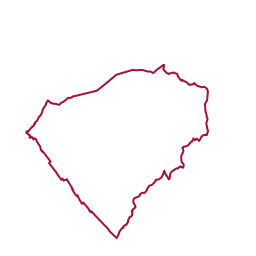 the district of Ungureni, Bacau, Romania, rotated 48°
{"feature_id": "2599482B79247862068373", "entity_name": "Ungureni", "entity_type": "district", "adm_level": 2, "iso_a3": "ROU", "parent_name": "Romania", "parent_adm1": "Bacau", "projection": "robinson", "projection_center": [27.1, 46.557], "detail": "fine", "context": "isolated", "style": "outline", "palette": "rose", "viewbox_px": 256, "rotation_deg": 48, "n_neighbors": 0, "source": "geoboundaries", "source_scale": "gbopen_adm2", "svg_char_len": 5739}
<svg xmlns="http://www.w3.org/2000/svg" viewBox="0 0 256 256"><g transform="rotate(48 128 128)"><path d="M185.9,73.9L184.7,72.4L184.2,70.8L183.5,70.4L182.5,70.0L177.5,67.1L177.2,66.9L176.3,65.9L175.6,64.3L174.2,62.6L172.6,62.1L171.5,61.4L171.2,61.1L170.6,60.7L169.2,60.1L168.5,60.0L168.2,59.7L166.5,58.6L164.4,56.8L163.0,55.8L161.8,54.8L161.4,54.1L161.0,52.9L160.7,52.2L160.4,50.9L160.0,50.3L154.1,44.0L151.6,43.1L150.0,43.3L149.1,43.5L148.7,43.7L148.2,44.2L147.0,46.1L145.5,46.8L144.5,47.4L143.8,48.1L140.8,48.6L139.4,48.6L139.0,48.7L138.9,48.9L139.1,49.6L139.0,50.2L138.6,51.1L137.7,52.3L137.6,52.5L137.6,53.1L136.7,53.3L136.4,53.4L136.1,53.8L135.1,53.7L134.0,53.7L131.8,54.4L131.1,54.7L130.3,55.3L129.4,55.3L128.9,55.4L128.6,55.6L128.7,56.2L128.7,56.3L127.9,56.3L127.9,56.7L127.7,56.7L126.2,56.8L125.1,56.5L124.3,56.6L123.1,56.2L122.6,56.3L122.0,55.8L121.2,55.5L120.7,55.3L120.3,55.4L119.3,56.1L117.2,57.0L117.1,57.3L115.8,59.9L115.5,60.4L115.2,60.6L115.2,61.5L114.5,61.6L114.0,62.1L113.7,62.2L112.9,62.4L109.3,62.6L108.4,62.5L108.1,62.5L107.6,61.9L107.2,61.2L106.7,60.7L105.5,59.1L104.9,59.5L104.7,61.2L104.6,62.7L104.4,65.0L104.2,65.3L104.0,69.2L104.0,69.9L104.1,70.3L104.0,72.2L103.8,72.6L103.5,72.8L102.3,73.0L101.0,73.6L99.2,75.6L94.7,78.3L93.8,79.2L93.1,80.2L92.8,80.4L92.4,80.9L91.3,82.3L90.7,83.4L89.5,84.1L88.8,84.9L88.2,85.8L87.8,86.0L87.2,87.1L85.2,91.5L83.2,95.5L80.6,101.1L80.6,101.7L80.2,113.3L79.8,120.8L79.4,126.2L78.4,128.2L74.7,135.0L70.8,142.2L70.0,143.9L69.6,144.5L68.9,145.8L68.6,146.2L68.2,146.9L67.5,148.1L67.7,149.1L67.3,150.0L66.6,151.3L66.0,151.8L65.6,152.4L65.4,156.0L65.4,157.4L65.3,158.1L65.3,158.6L64.6,160.5L64.7,163.8L63.3,164.5L61.5,165.8L60.9,166.2L60.3,167.0L59.6,167.5L59.1,167.7L58.3,168.0L57.5,168.7L56.2,168.8L55.5,168.7L54.3,169.0L53.9,169.3L54.5,170.1L54.6,172.0L54.8,172.3L55.1,172.5L55.6,173.2L55.9,173.9L56.2,175.4L56.7,176.7L56.7,177.1L56.8,177.9L57.6,179.6L58.3,180.4L58.6,181.2L58.7,181.6L59.4,182.5L60.0,183.7L60.1,184.4L60.1,185.2L60.2,185.5L60.2,185.8L60.0,186.1L60.2,186.6L60.2,187.2L60.4,187.6L60.7,187.9L61.0,188.5L61.3,189.4L61.4,190.0L61.5,190.4L61.8,190.8L61.9,191.1L61.7,191.7L61.7,193.0L61.9,193.6L62.4,194.0L62.2,194.8L62.6,195.0L62.8,195.4L62.9,196.3L63.3,196.7L63.4,197.0L63.0,198.2L63.2,198.6L63.1,199.0L63.2,199.3L63.0,199.8L63.3,201.1L63.5,202.8L63.7,203.5L63.7,203.8L63.5,204.1L63.8,204.2L63.6,205.0L63.4,205.2L63.1,205.4L62.8,205.9L63.0,206.1L63.8,206.2L64.0,206.6L64.2,206.4L65.0,206.3L66.5,206.3L67.2,205.9L68.1,205.9L68.4,206.0L68.8,206.7L69.1,207.3L69.7,207.4L69.8,207.3L70.0,207.0L70.0,206.1L70.4,205.6L71.0,205.4L71.6,205.4L72.2,205.7L73.0,205.8L73.0,205.6L73.1,204.9L73.3,204.8L73.2,204.5L73.4,204.4L73.7,204.4L74.0,204.0L75.0,204.0L75.3,204.1L75.5,204.1L77.0,204.8L78.8,204.9L79.6,205.3L80.8,205.3L83.3,205.8L85.7,207.3L86.4,207.5L88.0,207.5L87.9,207.2L89.1,207.1L90.7,207.1L92.5,207.3L100.9,208.0L101.2,209.5L101.2,210.1L104.0,210.4L112.6,211.0L115.8,211.6L121.8,212.1L122.1,211.1L122.0,210.6L124.1,210.9L125.2,207.8L130.5,208.8L136.5,210.0L136.3,210.5L141.7,211.6L144.3,211.7L144.3,210.6L149.2,212.1L153.3,212.9L153.8,212.1L153.6,211.2L158.8,211.2L161.2,211.4L163.3,211.7L163.3,211.9L164.2,212.2L164.7,212.1L165.2,212.1L165.5,212.0L165.8,211.9L165.6,211.1L167.0,211.0L168.1,210.9L168.5,210.8L169.4,210.9L172.4,210.9L173.8,210.8L175.4,210.8L176.8,210.8L178.0,210.6L179.1,210.7L185.6,210.5L186.3,210.3L189.9,210.3L191.0,210.5L192.2,210.8L202.1,210.1L201.7,208.7L201.4,208.3L201.3,207.5L200.9,206.7L200.4,205.6L199.7,204.6L199.1,202.7L198.8,201.7L198.5,199.5L198.6,199.1L199.0,198.2L198.0,197.2L198.2,196.5L198.2,194.6L198.7,194.0L198.5,192.7L198.3,192.1L197.9,191.6L197.8,190.8L197.4,190.5L197.1,190.1L196.9,190.0L196.4,189.3L196.2,188.3L195.8,187.6L195.4,186.6L195.5,185.7L195.8,185.2L195.9,184.9L195.8,184.5L195.6,184.1L195.4,183.3L194.9,182.7L194.5,182.0L194.1,181.8L193.8,181.6L193.3,180.8L192.9,180.7L192.5,180.9L192.2,180.6L192.0,180.2L192.0,179.3L191.9,179.0L191.8,178.3L191.9,177.6L191.8,177.4L191.9,177.1L191.9,176.7L191.7,175.2L191.0,174.9L190.0,174.5L189.2,174.4L188.8,174.2L187.7,174.1L186.7,173.7L185.6,172.7L185.1,172.1L184.8,171.5L184.4,170.1L185.9,166.4L186.1,165.3L186.1,164.9L185.3,163.5L185.3,162.3L185.8,160.5L186.4,160.0L186.9,159.7L187.1,159.5L187.3,158.4L187.2,158.0L187.1,156.9L186.8,156.1L186.8,155.6L186.2,154.6L186.1,154.0L185.4,152.2L185.2,150.5L186.1,148.9L186.2,148.3L186.2,146.7L186.1,144.9L185.7,143.0L185.1,142.2L185.2,141.8L185.4,141.8L186.0,140.7L186.3,140.4L186.6,139.8L186.8,139.2L187.0,137.5L187.0,136.0L186.9,135.5L186.3,133.9L185.9,133.1L185.7,132.5L185.2,131.8L185.1,131.5L184.2,130.1L184.2,129.9L187.9,131.0L192.2,131.7L193.1,132.0L193.5,131.9L193.6,131.5L193.5,131.1L193.0,130.7L192.1,129.2L191.7,129.0L190.9,127.8L190.5,127.4L189.8,126.0L189.7,125.7L189.7,124.8L189.7,124.2L190.0,122.3L189.8,121.9L189.9,121.5L190.2,121.1L190.4,120.8L190.3,119.9L190.4,119.2L190.5,119.0L191.5,117.9L191.6,117.6L191.6,117.1L191.2,115.8L191.8,115.3L191.7,115.1L191.8,114.6L194.0,114.0L194.2,113.8L194.1,113.1L193.6,112.2L192.3,111.1L191.9,110.9L189.9,110.9L188.9,110.7L187.8,110.0L186.8,109.2L185.6,108.4L184.8,107.4L184.4,107.1L183.6,105.4L183.5,105.0L183.0,103.8L182.8,103.2L182.3,102.3L180.6,101.4L180.1,101.1L179.3,101.0L179.1,100.6L179.2,100.0L179.2,99.0L179.6,98.7L179.8,97.8L180.5,97.2L180.8,96.5L180.9,95.6L181.1,95.3L181.1,95.0L181.2,94.6L180.8,93.1L180.7,92.8L180.9,92.1L180.7,91.5L180.4,91.1L180.4,90.9L180.4,90.5L180.9,89.6L180.4,88.6L180.1,86.9L179.8,86.5L181.7,86.5L181.7,85.4L181.9,84.8L181.8,84.4L182.5,84.4L182.6,84.1L183.7,83.8L184.5,83.7L184.8,83.8L185.1,83.8L185.0,83.3L184.6,81.8L184.0,80.2L183.6,78.8L183.7,77.5L183.8,76.9L184.4,75.8L185.9,74.1L185.9,73.9Z" fill="none" stroke="#9f1239" stroke-width="2"/></g></svg>